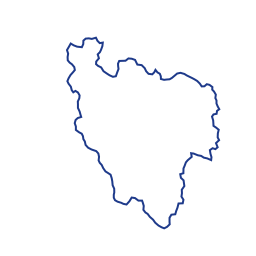 Passa Vinte, Minas Gerais, Brazil (Mercator projection), rotated 296°
{"feature_id": "56859067B565102456379", "entity_name": "Passa Vinte", "entity_type": "district", "adm_level": 2, "iso_a3": "BRA", "parent_name": "Brazil", "parent_adm1": "Minas Gerais", "projection": "mercator", "projection_center": [-44.257, -22.169], "detail": "fine", "context": "isolated", "style": "outline", "palette": "blue", "viewbox_px": 256, "rotation_deg": 296, "n_neighbors": 0, "source": "geoboundaries", "source_scale": "gbopen_adm2", "svg_char_len": 2495}
<svg xmlns="http://www.w3.org/2000/svg" viewBox="0 0 256 256"><g transform="rotate(296 128 128)"><path d="M53.7,204.5L56.2,206.4L59.7,207.7L62.0,206.4L65.5,204.7L69.1,205.0L71.2,208.3L74.5,207.7L78.0,207.4L82.3,206.5L84.3,210.2L87.8,209.3L89.8,206.1L93.0,205.1L96.1,203.4L100.5,204.1L105.3,200.9L106.4,197.4L109.4,195.2L111.6,197.6L116.0,195.6L118.4,195.5L122.5,195.1L125.2,195.8L130.0,197.9L133.0,195.8L133.8,198.2L134.1,202.7L135.0,206.0L134.6,209.1L135.4,212.5L135.6,216.8L138.4,215.8L140.9,213.5L144.0,211.3L146.9,212.9L147.3,215.8L150.0,217.0L153.0,213.7L157.0,215.2L158.9,212.7L162.6,211.1L166.2,210.3L167.0,206.9L167.4,203.9L169.6,202.7L172.2,201.2L175.1,198.5L177.7,198.9L179.6,201.4L182.4,200.5L184.9,201.8L186.7,199.2L188.8,196.8L191.5,195.5L193.2,193.4L196.5,192.3L198.5,189.3L199.4,186.9L201.8,185.9L202.5,182.3L201.9,179.6L199.0,178.4L197.7,176.0L199.4,173.1L200.6,169.6L200.9,166.4L201.0,163.6L201.0,160.5L201.0,157.7L201.3,155.0L200.6,151.0L198.5,148.3L195.3,146.9L192.2,145.5L190.0,144.0L188.6,141.6L187.1,139.3L186.5,136.1L188.9,134.8L190.7,132.8L190.9,130.1L192.3,127.2L189.6,127.2L186.9,126.3L185.7,122.7L187.0,119.4L189.1,116.8L190.5,112.7L189.1,108.6L192.3,104.5L191.9,101.0L190.7,97.9L187.4,96.3L185.9,93.5L184.4,90.7L181.5,90.8L179.3,92.0L176.9,93.6L173.4,93.9L169.2,94.4L167.4,92.0L167.3,88.3L167.7,85.0L168.3,81.1L170.7,77.3L170.7,73.9L171.4,71.3L173.8,70.3L177.9,71.3L180.9,68.5L183.8,69.5L186.3,69.5L190.3,69.1L193.7,67.9L191.9,65.4L193.0,62.3L195.1,59.6L192.2,56.4L191.4,53.5L189.8,50.8L187.0,49.6L183.8,51.0L180.4,51.1L178.8,46.6L178.5,43.1L178.8,39.5L175.2,39.3L171.3,39.0L168.6,41.6L165.3,42.6L162.4,44.2L161.2,46.9L160.7,49.7L159.2,53.0L156.8,54.8L153.9,54.1L150.4,53.1L146.6,52.8L143.5,53.0L141.8,55.1L140.1,58.5L137.3,60.9L136.1,63.2L138.3,64.5L138.0,67.4L136.1,70.2L133.4,71.2L129.8,71.3L127.4,72.6L124.1,74.2L121.6,77.3L119.2,79.4L117.4,81.1L115.0,78.5L112.3,77.4L109.0,78.0L106.5,80.5L103.4,82.0L102.7,85.9L102.6,88.9L100.9,91.1L98.4,92.8L97.0,95.1L94.2,97.3L92.8,100.8L92.7,104.6L93.3,109.6L92.1,112.5L89.4,114.6L86.0,115.8L84.3,117.9L83.3,120.5L81.0,123.4L79.1,126.8L78.8,129.6L78.4,132.8L75.8,135.3L73.1,137.3L69.8,139.3L67.4,142.2L64.1,143.9L61.7,144.5L59.1,145.8L57.4,148.0L57.2,150.9L57.8,154.6L57.8,157.1L58.6,160.2L62.8,161.4L67.1,161.8L68.1,165.0L67.3,169.2L68.9,172.5L67.1,174.3L64.9,176.3L61.2,177.7L59.7,180.7L59.4,183.3L57.7,186.6L56.6,190.7L54.8,194.0L53.7,198.2L53.5,201.8L53.7,204.5Z" fill="none" stroke="#1e3a8a" stroke-width="2"/></g></svg>